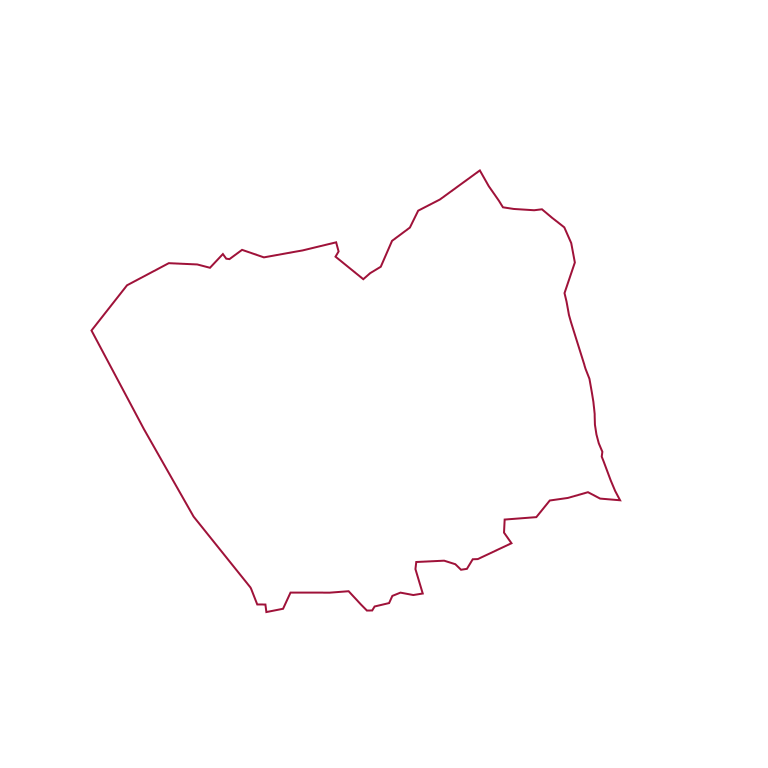 outline of Michika, Adamawa, Nigeria, rotated 140°
{"feature_id": "59680162B49393703134220", "entity_name": "Michika", "entity_type": "district", "adm_level": 2, "iso_a3": "NGA", "parent_name": "Nigeria", "parent_adm1": "Adamawa", "projection": "orthographic", "projection_center": [13.375, 10.58], "detail": "fine", "context": "isolated", "style": "outline", "palette": "rose", "viewbox_px": 768, "rotation_deg": 140, "n_neighbors": 0, "source": "geoboundaries", "source_scale": "gbopen_adm2", "svg_char_len": 1390}
<svg xmlns="http://www.w3.org/2000/svg" viewBox="0 0 768 768"><g transform="rotate(140 384 384)"><path d="M277.9,143.2L275.7,153.4L272.3,164.4L268.9,174.0L265.5,183.6L263.9,188.4L260.3,191.7L257.6,200.5L253.7,208.8L248.6,217.2L243.4,223.8L241.9,225.6L238.1,231.2L237.6,232.0L235.1,235.7L230.1,244.1L223.3,255.9L219.9,266.0L218.7,268.9L218.1,270.1L207.3,296.1L201.0,311.2L197.9,318.1L196.5,320.5L191.2,329.8L187.3,337.6L159.7,354.4L150.0,371.6L145.2,388.1L145.9,391.5L148.4,403.2L150.7,416.3L157.3,420.6L172.1,434.7L179.3,442.9L178.8,446.4L178.2,450.4L176.6,468.2L173.3,486.0L222.6,489.4L246.4,494.8L263.6,487.2L285.8,488.5L311.1,475.9L323.3,477.8L332.5,477.6L339.3,512.7L333.6,514.7L329.6,523.3L346.9,531.9L360.6,538.7L366.8,542.3L394.6,558.2L406.5,578.0L422.1,579.0L424.3,581.4L423.9,587.1L442.6,584.9L450.2,595.6L471.2,614.9L517.4,624.8L573.7,613.0L582.8,570.1L591.6,528.7L596.9,503.9L615.1,404.8L617.1,313.9L617.5,312.3L622.8,296.6L616.6,291.3L620.7,284.9L605.8,276.7L589.7,284.3L559.5,258.9L544.3,248.0L543.4,229.9L542.7,221.4L538.6,218.1L534.2,219.6L520.9,212.9L513.8,216.3L505.5,213.6L497.2,203.5L489.0,198.6L478.9,222.0L473.7,226.9L451.5,210.0L445.2,200.1L444.4,192.2L439.3,189.1L428.7,192.7L424.7,189.6L388.7,180.1L387.6,193.0L378.7,202.6L354.7,185.4L352.9,184.1L331.9,188.2L316.5,178.6L297.3,170.0L292.1,157.3L277.9,143.2Z" fill="none" stroke="#9f1239" stroke-width="2"/></g></svg>